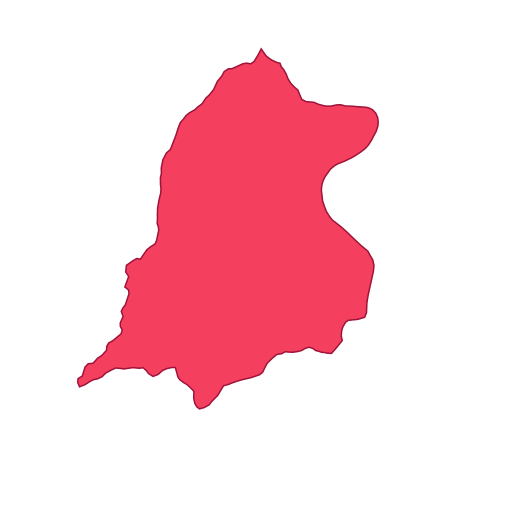 Iacanga, São Paulo, Brazil, rotated 24°
{"feature_id": "56859067B95917259831804", "entity_name": "Iacanga", "entity_type": "district", "adm_level": 2, "iso_a3": "BRA", "parent_name": "Brazil", "parent_adm1": "São Paulo", "projection": "equal_earth", "projection_center": [-49.042, -21.9], "detail": "fine", "context": "isolated", "style": "filled", "palette": "rose", "viewbox_px": 512, "rotation_deg": 24, "n_neighbors": 0, "source": "geoboundaries", "source_scale": "gbopen_adm2", "svg_char_len": 2742}
<svg xmlns="http://www.w3.org/2000/svg" viewBox="0 0 512 512"><g transform="rotate(24 256 256)"><path d="M369.2,298.2L366.3,294.2L364.6,289.1L364.2,285.2L364.8,280.1L366.5,277.2L374.9,272.4L380.2,267.8L380.0,262.8L376.5,254.1L375.3,249.8L374.3,245.8L369.5,222.3L367.6,216.6L364.2,212.0L360.2,209.2L356.3,206.1L352.3,205.0L347.4,203.6L343.4,202.2L337.1,200.0L329.5,197.2L322.4,194.9L310.8,192.0L306.8,189.8L302.2,186.7L298.2,182.7L294.5,178.7L288.8,169.0L287.3,164.4L286.7,160.0L286.8,155.9L288.7,146.3L291.2,141.3L293.6,138.1L298.1,133.6L303.2,127.6L305.4,124.6L309.2,118.7L312.0,113.6L313.6,108.7L314.4,103.2L314.7,98.1L315.1,93.3L314.4,87.4L313.0,83.6L310.8,80.0L307.3,76.8L302.9,75.0L299.5,74.8L296.2,75.3L291.5,77.0L286.7,78.8L283.8,79.7L281.0,80.8L276.7,82.6L271.8,83.4L268.3,85.1L263.1,88.8L258.1,90.9L251.5,92.0L246.6,92.0L238.9,94.6L234.1,94.3L230.4,90.9L226.8,87.4L222.1,86.0L217.4,84.0L212.8,80.8L209.6,77.5L205.2,74.3L202.2,72.9L199.5,70.1L196.2,70.7L190.9,70.6L188.1,70.2L183.9,69.1L176.5,64.7L176.2,70.6L175.2,78.9L173.0,82.6L169.0,83.6L165.7,85.8L162.2,89.8L157.7,94.8L154.7,96.1L151.9,100.5L151.6,105.5L149.7,112.0L149.6,121.0L148.0,127.4L146.0,132.1L144.8,138.9L142.1,143.7L140.7,147.2L136.9,152.3L134.9,156.4L134.0,160.6L132.6,164.8L132.9,171.1L133.7,178.1L134.5,193.5L132.3,198.2L131.8,205.8L133.6,214.0L136.0,219.1L136.8,223.3L139.7,229.6L141.9,233.3L143.3,237.1L144.6,244.2L146.6,252.2L149.0,258.1L151.1,262.7L152.5,266.5L154.8,268.9L156.6,271.9L158.8,281.9L158.9,286.0L155.9,290.5L153.8,294.6L152.6,300.6L151.7,306.0L148.2,306.7L145.8,309.9L141.4,317.2L143.5,323.6L148.0,326.5L148.8,337.7L153.2,338.8L155.3,341.9L156.5,353.7L155.6,357.5L155.4,361.3L159.2,365.3L159.2,372.3L160.7,375.5L163.9,378.0L164.4,382.0L159.5,391.8L156.8,395.3L156.4,399.1L157.8,402.9L155.6,409.5L152.9,413.7L150.8,420.2L146.5,422.7L145.0,427.0L146.1,436.3L143.3,440.4L144.6,444.1L148.0,447.3L152.4,442.7L155.1,438.5L157.7,435.2L161.2,432.7L164.4,429.0L166.4,424.0L169.9,419.4L173.4,415.4L177.6,413.9L181.1,413.0L184.1,411.1L188.9,408.1L194.8,406.1L198.5,404.0L202.5,405.3L205.6,407.1L210.9,407.9L214.7,404.1L217.2,398.7L220.2,395.3L224.3,392.2L227.7,390.7L233.8,398.2L236.4,399.9L241.3,401.1L245.1,401.5L248.3,402.5L251.4,403.7L254.3,404.9L256.9,411.2L260.0,415.5L263.2,417.8L266.5,418.7L270.4,415.5L273.8,410.9L274.7,406.9L277.7,399.1L279.1,387.8L283.2,384.4L286.1,381.4L289.5,378.2L293.8,374.5L301.0,369.1L307.5,363.1L309.4,359.5L309.5,353.9L309.9,349.2L312.5,342.7L315.1,337.4L319.0,335.0L321.6,331.6L324.6,330.6L328.7,329.0L333.0,326.3L336.3,323.6L338.5,320.4L341.5,317.8L345.3,317.3L349.0,318.1L352.3,317.5L355.1,317.3L357.8,316.3L361.0,315.7L364.6,314.3L366.7,307.5L369.2,298.2Z" fill="#f43f5e" stroke="#9f1239" stroke-width="1.5"/></g></svg>